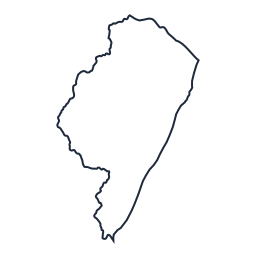 Thongmyxay, Xaignabouri, Laos (Equal Earth projection)
{"feature_id": "54806243B9837596905038", "entity_name": "Thongmyxay", "entity_type": "district", "adm_level": 2, "iso_a3": "LAO", "parent_name": "Laos", "parent_adm1": "Xaignabouri", "projection": "equal_earth", "projection_center": [101.179, 18.423], "detail": "fine", "context": "isolated", "style": "outline", "palette": "slate", "viewbox_px": 256, "rotation_deg": 0, "n_neighbors": 0, "source": "geoboundaries", "source_scale": "gbopen_adm2", "svg_char_len": 4505}
<svg xmlns="http://www.w3.org/2000/svg" viewBox="0 0 256 256"><path d="M198.6,60.3L197.0,59.0L194.7,56.7L191.7,53.4L189.6,51.1L187.2,48.5L184.8,46.1L182.4,44.0L180.6,42.7L179.5,42.0L178.2,41.3L176.6,40.8L176.1,40.6L174.1,38.6L170.6,35.5L169.3,34.5L167.9,33.0L166.8,31.1L166.1,29.8L164.6,27.8L163.3,27.1L162.1,27.2L160.5,27.5L159.5,27.2L158.5,25.9L156.8,23.8L155.7,22.3L154.0,20.4L152.2,19.1L149.9,18.6L148.0,18.7L146.0,19.2L143.3,19.8L141.2,20.1L139.8,20.5L137.4,19.8L135.9,19.2L133.6,17.9L132.5,17.1L131.2,16.3L129.7,15.4L128.6,16.3L127.4,18.8L127.0,19.1L126.1,19.2L124.9,18.9L124.3,18.9L123.6,19.4L123.1,20.8L122.3,21.6L121.1,21.9L120.2,21.9L119.3,21.8L118.0,22.2L115.6,23.5L114.9,23.7L113.8,23.3L113.2,23.5L111.7,24.7L109.8,25.2L109.4,25.5L109.0,27.1L108.7,28.8L108.9,29.4L109.6,30.1L109.7,30.7L109.4,34.1L108.8,36.7L108.6,37.9L108.6,38.3L109.7,38.8L111.2,41.7L111.5,42.9L111.3,43.7L110.8,45.6L110.8,47.0L110.6,47.8L109.6,48.9L109.5,49.7L109.9,51.8L110.1,52.8L110.0,53.3L109.7,54.0L109.0,54.3L108.0,54.1L107.0,53.4L106.4,53.5L105.8,53.8L105.5,54.5L105.2,55.0L104.6,55.2L103.8,54.9L103.0,55.0L101.6,56.1L100.8,56.2L100.4,55.9L99.7,55.8L96.5,57.1L96.1,57.6L95.9,58.4L96.1,59.6L96.6,60.7L96.6,61.5L96.3,62.5L94.4,64.8L93.8,65.4L93.5,65.8L93.2,67.4L92.2,70.3L91.9,70.7L90.8,71.0L90.0,71.6L89.5,72.2L87.8,72.5L86.8,72.4L85.5,71.6L84.6,71.1L83.3,71.1L82.3,71.4L80.9,72.1L78.5,74.2L78.0,75.0L77.4,77.0L76.4,80.0L76.1,81.5L76.1,82.5L76.2,83.8L75.7,84.6L74.2,85.5L73.7,85.7L73.3,86.3L73.1,87.9L73.2,90.8L74.0,93.9L74.1,95.2L73.9,96.5L73.3,97.5L72.2,98.2L70.4,98.8L69.8,99.3L68.8,101.4L68.1,102.7L67.4,103.6L66.4,104.2L65.8,105.4L65.3,106.3L63.9,107.1L63.5,107.5L63.3,108.6L63.1,109.4L61.8,110.4L61.6,110.7L61.3,111.7L61.2,112.5L60.7,112.9L60.1,113.9L59.3,115.7L58.7,116.3L58.2,116.9L58.0,117.5L58.2,118.5L58.9,120.0L59.0,120.7L58.9,121.5L57.8,123.7L57.4,124.6L57.4,125.8L57.8,126.8L58.4,127.3L59.3,127.5L60.4,128.4L61.8,130.5L63.0,132.3L64.0,134.3L64.4,135.0L65.2,135.6L66.8,135.8L67.7,136.4L68.3,137.6L69.1,139.9L70.0,141.8L70.1,142.5L70.0,143.1L69.5,144.1L69.5,144.8L69.8,146.3L69.9,146.7L69.7,147.7L69.7,148.9L69.9,149.6L70.5,150.1L71.2,150.5L72.6,150.4L73.6,150.0L74.2,150.1L75.0,150.9L75.8,152.3L76.7,153.3L77.7,153.6L78.9,153.7L79.5,154.2L80.0,155.1L80.5,155.4L81.5,158.3L82.2,160.0L82.8,163.2L83.4,165.2L84.4,166.8L86.2,167.0L87.9,167.1L90.0,168.0L92.2,168.6L96.1,168.7L97.0,168.7L97.5,168.1L98.0,167.6L99.0,167.6L100.2,168.4L101.3,169.4L101.8,169.6L102.4,169.3L103.0,168.8L103.8,168.9L104.4,169.3L105.3,169.9L107.0,171.2L108.1,171.3L109.0,171.3L109.2,171.8L109.2,172.7L108.8,173.4L108.8,174.7L109.0,176.0L109.1,176.7L109.1,177.2L108.9,177.8L108.5,178.9L108.3,179.3L108.0,179.5L107.4,179.8L107.1,180.0L106.9,180.4L106.7,181.2L106.5,181.6L106.2,182.4L106.0,182.6L105.5,182.7L104.8,182.6L104.2,182.6L104.0,182.8L103.7,183.1L103.3,183.9L102.9,185.0L102.6,186.2L102.4,186.5L101.7,187.1L101.3,187.4L100.6,188.2L100.4,188.7L100.3,189.2L100.3,189.8L100.6,190.2L100.9,190.7L100.9,191.0L100.4,191.7L99.7,192.3L98.5,193.0L97.7,193.5L97.4,193.7L97.0,194.2L96.4,195.0L96.0,195.9L95.9,196.4L95.9,196.8L96.0,197.1L96.4,197.6L96.8,198.1L97.5,198.9L98.2,200.4L98.8,201.9L99.0,202.4L99.2,202.7L99.7,202.9L100.2,202.8L100.6,202.9L100.9,203.6L101.6,204.9L101.6,205.6L101.5,206.0L101.2,206.3L100.4,207.1L99.8,208.0L99.2,208.7L98.4,209.3L98.0,209.6L97.0,210.4L96.7,210.8L96.4,211.9L96.1,213.1L95.8,213.4L95.4,213.7L94.8,214.5L94.3,215.4L94.2,215.7L94.3,216.2L94.4,216.6L94.9,217.4L96.1,218.1L97.1,219.0L99.3,221.8L99.8,222.6L100.5,223.9L100.5,224.2L100.4,225.0L100.4,225.6L100.5,226.1L101.2,227.6L101.4,228.0L101.5,228.4L101.5,229.2L101.5,229.6L101.7,230.0L102.7,230.3L103.0,230.5L103.1,230.9L103.2,231.9L103.2,232.4L103.0,233.1L102.9,233.7L102.8,234.8L102.7,236.0L102.6,237.0L102.5,237.6L102.6,238.1L103.0,238.4L103.5,238.7L104.7,238.9L105.2,238.8L105.5,238.7L105.9,238.5L106.7,237.2L107.6,235.3L107.8,235.0L108.1,234.8L109.4,235.2L110.2,235.8L111.7,238.2L113.2,240.3L113.4,240.6L113.3,237.2L113.8,234.5L117.6,230.0L120.7,228.0L126.7,220.2L131.6,210.7L134.3,204.6L138.4,194.1L139.7,190.3L142.9,181.1L145.9,175.5L149.6,169.5L153.5,165.3L157.2,160.1L159.8,154.5L163.2,148.0L166.6,142.2L169.8,134.8L172.8,127.0L174.7,120.1L176.2,114.2L178.4,109.9L180.9,105.7L184.9,102.2L185.1,101.6L185.8,100.8L186.2,100.5L186.7,99.9L187.1,99.1L187.6,97.4L188.2,96.2L189.1,95.3L189.4,94.5L189.4,92.5L189.5,91.6L191.0,89.9L192.2,87.7L192.0,85.3L192.1,80.8L194.1,72.8L196.5,64.9L198.6,60.3Z" fill="none" stroke="#1e293b" stroke-width="2"/></svg>